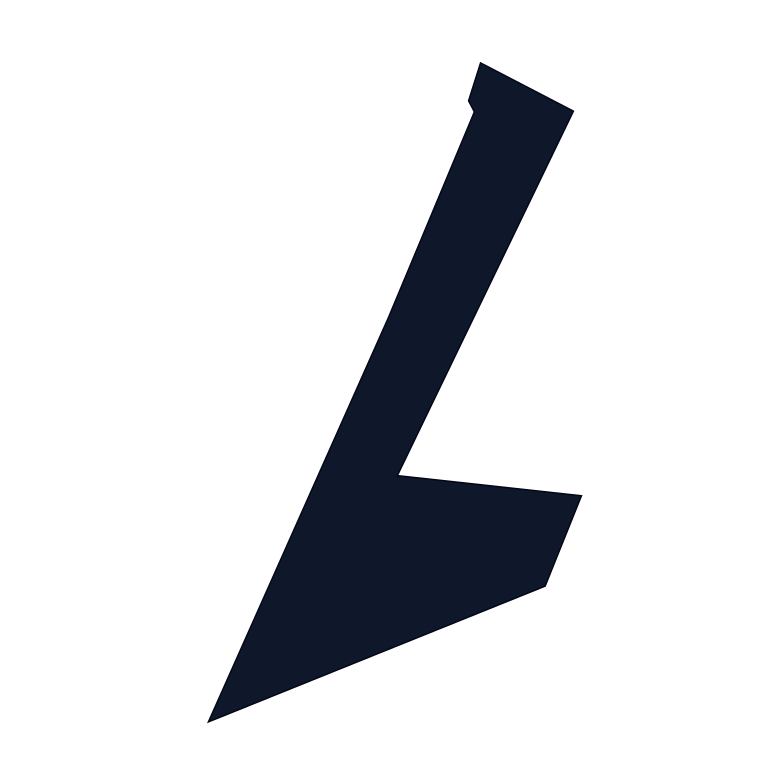 Manassas Park, Virginia, United States of America (Robinson projection), rotated 78°
{"feature_id": "52423323B92957530316980", "entity_name": "Manassas Park", "entity_type": "district", "adm_level": 2, "iso_a3": "USA", "parent_name": "United States of America", "parent_adm1": "Virginia", "projection": "robinson", "projection_center": [-77.456, 38.771], "detail": "fine", "context": "isolated", "style": "filled", "palette": "ink", "viewbox_px": 768, "rotation_deg": 78, "n_neighbors": 0, "source": "geoboundaries", "source_scale": "gbopen_adm2", "svg_char_len": 289}
<svg xmlns="http://www.w3.org/2000/svg" viewBox="0 0 768 768"><g transform="rotate(78 384 384)"><path d="M319.6,365.6L678.0,626.0L615.2,268.4L534.4,214.1L476.4,390.0L156.5,142.0L90.0,222.8L124.6,242.4L136.6,239.0L319.6,365.6Z" fill="#0f172a" stroke="#020617" stroke-width="1.5"/></g></svg>